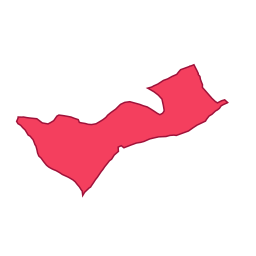 Esan West, Edo, Nigeria, rotated 250°
{"feature_id": "59680162B89634889188856", "entity_name": "Esan West", "entity_type": "district", "adm_level": 2, "iso_a3": "NGA", "parent_name": "Nigeria", "parent_adm1": "Edo", "projection": "equal_earth", "projection_center": [6.144, 6.652], "detail": "fine", "context": "isolated", "style": "filled", "palette": "rose", "viewbox_px": 256, "rotation_deg": 250, "n_neighbors": 0, "source": "geoboundaries", "source_scale": "gbopen_adm2", "svg_char_len": 2256}
<svg xmlns="http://www.w3.org/2000/svg" viewBox="0 0 256 256"><g transform="rotate(250 128 128)"><path d="M142.5,35.3L138.8,35.0L135.5,34.5L132.2,34.6L129.3,36.1L125.3,37.2L120.9,38.7L118.4,40.2L115.9,42.3L114.4,43.8L112.6,45.8L109.7,48.3L106.8,50.4L102.4,54.9L98.1,58.5L95.5,60.0L93.3,60.7L92.1,61.1L89.8,62.0L88.8,62.3L85.9,62.9L84.5,63.4L80.1,62.4L82.4,65.2L85.0,71.1L85.3,72.6L86.1,73.6L88.6,77.1L90.5,79.6L92.3,82.5L94.5,85.5L96.3,88.0L97.8,90.5L98.0,90.7L99.6,92.9L101.4,95.9L103.6,99.4L104.3,101.9L105.3,103.2L107.3,105.8L109.3,111.0L113.4,112.2L113.7,115.6L110.8,117.4L110.9,118.8L110.9,121.3L111.0,124.3L111.0,130.8L110.5,133.4L110.2,134.8L109.9,138.3L110.3,144.7L109.9,148.3L109.2,153.8L108.1,157.3L107.0,160.8L106.7,164.8L105.6,168.8L104.5,170.8L104.5,173.8L104.5,176.3L104.5,180.8L104.5,183.8L106.0,189.3L107.1,193.8L107.8,201.3L108.0,203.2L109.2,204.6L111.5,208.2L112.2,211.7L113.3,214.2L114.1,216.1L114.4,218.1L115.2,220.6L117.0,223.1L117.4,225.6L117.7,230.1L117.8,230.4L121.4,228.5L121.6,225.1L121.0,220.6L123.2,219.0L127.2,217.0L140.7,211.8L143.2,212.8L145.8,212.7L149.0,212.7L151.9,213.2L154.2,212.3L155.3,212.7L156.0,212.6L158.3,212.4L164.9,211.6L164.8,209.0L164.8,208.8L164.8,208.4L165.0,207.4L164.8,206.4L164.8,203.1L164.8,197.4L163.5,195.0L161.7,192.1L161.4,187.1L161.0,184.6L160.6,182.1L160.6,177.6L159.1,171.1L158.9,168.6L158.8,166.6L158.6,165.7L158.4,164.1L158.7,160.1L153.3,164.7L148.6,167.7L143.5,169.8L139.9,169.3L136.9,168.9L132.6,168.1L132.3,168.0L131.4,167.5L130.0,165.5L129.6,162.5L131.8,160.5L134.7,158.4L138.0,155.9L141.2,153.3L143.8,149.8L146.0,147.3L147.8,144.8L149.2,142.8L152.1,138.7L153.2,133.7L152.8,129.2L152.4,128.2L149.9,122.8L149.1,119.9L148.4,117.3L147.0,113.3L145.5,110.8L144.4,107.3L143.7,103.9L142.9,99.4L143.3,97.1L143.7,94.9L145.1,91.8L146.9,89.3L148.8,85.9L149.9,84.2L152.9,84.1L155.6,80.7L157.8,78.2L159.6,75.2L160.8,73.1L161.5,71.9L162.2,70.6L163.8,67.5L163.5,65.3L160.3,60.7L159.6,57.2L159.2,54.4L159.2,54.2L162.1,49.2L167.9,45.5L170.5,40.1L171.4,38.3L172.3,36.6L174.1,33.5L174.5,32.0L175.9,28.5L174.8,28.0L172.3,25.6L169.7,26.1L167.2,28.1L164.3,29.2L161.3,30.7L155.5,31.8L153.7,33.3L150.8,34.3L149.7,34.8L147.5,34.9L144.2,34.9L142.5,35.3Z" fill="#f43f5e" stroke="#9f1239" stroke-width="1.5"/></g></svg>